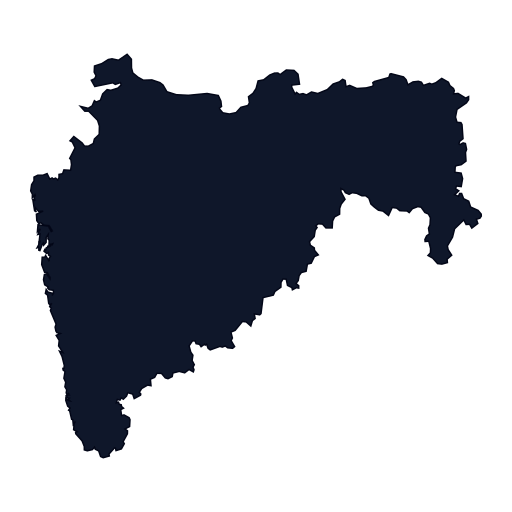 the State of Maharashtra
{"feature_id": "IND-2447", "entity_name": "Maharashtra", "entity_type": "State", "adm_level": 1, "iso_a3": "IND", "parent_name": "India", "parent_adm1": "", "projection": "robinson", "projection_center": [76.089, 18.818], "detail": "fine", "context": "isolated", "style": "filled", "palette": "ink", "viewbox_px": 512, "rotation_deg": 0, "n_neighbors": 0, "source": "natural_earth", "source_scale": "10m", "svg_char_len": 5840}
<svg xmlns="http://www.w3.org/2000/svg" viewBox="0 0 512 512"><path d="M87.3,450.8L84.3,449.9L84.3,446.5L82.1,440.9L75.8,433.8L75.6,432.5L77.2,431.8L73.6,429.7L74.3,423.3L75.7,421.5L73.8,422.9L73.4,426.2L72.8,419.7L71.6,419.3L69.7,410.9L68.6,410.2L70.1,408.1L67.7,406.2L65.8,400.5L65.9,397.9L67.9,400.4L69.8,400.8L68.3,399.5L69.4,398.2L67.5,397.8L66.3,395.6L69.4,395.0L68.5,393.4L66.8,394.3L66.2,392.8L66.7,389.8L64.9,386.8L65.7,382.2L63.9,378.3L65.0,371.5L63.1,370.0L62.9,368.4L63.9,368.4L64.3,365.5L62.1,356.6L59.5,351.2L62.9,352.5L58.6,345.9L59.2,340.4L56.2,335.4L60.3,333.5L56.9,332.6L55.9,331.0L55.1,327.1L56.1,324.1L50.4,310.5L51.3,308.0L49.7,306.7L51.8,303.3L49.9,305.0L48.7,303.3L47.6,295.2L45.4,293.4L46.2,289.5L48.0,292.1L52.2,293.2L52.9,294.3L52.0,295.6L53.5,293.4L53.4,290.3L49.2,289.7L47.7,288.0L48.1,286.9L44.7,284.8L43.5,279.7L44.4,274.5L46.6,274.0L50.0,279.1L50.3,277.9L47.4,272.6L44.6,272.3L41.7,264.6L42.2,257.2L44.8,257.2L45.6,255.5L49.3,261.5L49.1,258.5L50.5,256.3L48.6,255.1L48.4,252.4L46.7,253.5L44.0,251.2L44.9,249.4L45.7,250.1L46.2,247.9L49.0,246.8L47.1,246.4L52.2,244.9L52.8,243.6L49.0,244.7L49.2,240.3L47.9,238.8L48.3,234.3L46.2,237.3L46.1,242.4L43.7,245.1L43.4,242.9L42.5,243.8L39.9,250.6L38.8,250.2L38.9,247.2L37.1,247.8L38.8,244.6L38.9,242.0L39.7,242.5L40.1,241.2L39.3,240.4L40.0,233.9L37.8,234.5L40.4,228.7L37.4,231.7L38.0,224.8L48.2,226.1L51.2,231.6L52.4,230.9L49.1,225.6L44.2,225.2L40.8,222.7L38.9,223.7L36.8,220.6L36.4,214.2L43.2,211.1L38.6,211.4L35.7,208.0L35.3,210.2L36.4,211.9L34.6,210.8L32.7,198.9L33.9,200.7L34.9,200.1L34.2,197.6L35.3,195.5L35.0,194.6L32.3,197.6L32.4,194.2L30.7,190.9L31.6,184.6L34.0,180.8L34.0,177.1L37.8,175.2L43.0,175.2L47.1,173.6L49.8,179.1L52.1,177.9L53.4,179.0L55.6,178.1L57.7,180.0L59.0,177.7L59.0,174.4L62.6,173.7L63.9,169.9L70.6,170.3L71.5,164.6L70.9,159.7L69.7,158.4L75.1,147.8L72.3,142.0L70.0,140.8L73.8,136.5L82.1,142.9L84.5,146.1L88.3,146.2L93.3,143.5L94.4,139.0L99.2,134.4L99.4,126.0L97.6,120.3L88.7,111.2L84.8,111.2L80.5,106.4L88.2,108.3L92.1,105.9L94.4,100.7L96.2,102.0L100.4,100.3L102.7,93.9L107.1,89.6L110.8,90.3L117.9,88.1L121.2,84.9L120.4,82.6L115.3,84.4L112.8,82.8L94.8,86.5L91.3,80.2L94.6,78.7L96.1,75.8L94.2,72.1L94.5,66.0L101.8,63.6L108.3,59.5L112.0,58.8L118.5,60.2L127.1,54.3L131.4,59.2L131.5,68.0L132.8,72.9L138.0,77.2L143.4,80.2L151.9,79.9L159.9,82.6L163.0,85.0L166.9,91.7L176.3,94.7L188.4,95.3L207.1,93.5L218.3,95.5L220.9,101.1L221.5,106.5L219.5,107.9L219.7,109.1L222.8,112.8L229.4,114.0L236.1,112.6L240.9,107.3L247.9,105.5L249.4,102.9L248.5,96.7L253.0,93.3L256.1,88.5L258.1,80.9L263.7,79.8L269.8,75.0L274.5,73.1L277.9,73.0L280.1,74.6L286.3,70.0L294.0,70.4L298.0,74.2L299.5,84.2L291.7,85.1L291.7,87.2L295.1,94.1L296.5,92.4L299.2,94.4L303.0,93.6L306.5,94.9L311.5,92.0L317.8,93.5L327.3,89.6L333.1,84.0L339.5,81.8L342.6,79.3L345.1,80.5L346.0,86.7L349.7,85.4L356.8,88.5L366.2,87.9L372.6,86.3L373.4,85.0L372.8,82.7L374.4,81.5L388.8,77.5L390.0,74.0L391.1,73.7L403.5,76.9L406.1,79.7L407.9,84.8L413.0,81.9L418.4,81.3L421.4,82.2L423.4,85.4L429.6,83.3L431.8,84.2L435.9,82.7L441.7,78.4L448.4,82.2L449.9,85.6L453.5,88.5L454.3,90.6L453.5,93.9L458.0,93.4L465.7,98.1L468.6,96.6L468.6,99.7L466.4,102.9L457.0,109.4L455.5,117.1L457.0,122.3L460.9,122.6L462.0,124.5L463.0,138.7L459.7,141.3L458.9,143.8L460.0,144.6L463.1,142.9L465.4,143.5L466.6,149.4L465.5,152.4L466.0,161.1L461.2,164.7L456.1,165.7L455.2,166.9L454.9,172.3L461.1,173.1L462.6,178.6L461.2,186.6L456.5,186.0L455.5,188.7L458.8,190.8L454.6,194.7L458.4,196.3L459.6,193.5L461.6,193.5L463.6,198.7L468.7,201.2L470.6,207.0L478.1,210.4L481.2,214.1L481.3,216.1L479.9,218.2L476.4,219.2L477.8,223.5L471.8,228.1L469.6,224.3L466.1,224.5L463.8,219.9L454.6,228.8L452.5,237.2L447.4,245.9L448.1,249.6L451.7,255.2L447.1,259.2L447.4,262.6L441.9,264.1L437.6,263.6L432.7,258.1L428.0,255.5L430.4,252.9L430.6,248.6L428.8,241.2L425.1,241.5L424.9,239.5L426.6,235.9L429.4,233.9L428.5,228.2L430.0,224.8L430.4,217.8L428.4,214.0L424.9,212.5L421.1,207.2L417.8,206.6L412.4,208.7L409.2,212.6L407.1,211.0L399.8,210.7L396.7,208.1L392.2,207.5L388.5,215.5L383.0,211.1L378.4,210.2L374.1,206.9L370.9,204.0L368.9,198.2L365.6,195.7L361.9,195.8L356.7,193.3L352.1,192.7L349.1,194.3L345.4,192.7L343.9,190.1L340.9,188.5L341.0,191.8L345.0,199.3L341.2,204.1L339.7,208.4L339.6,214.2L334.6,216.9L332.6,221.0L332.2,227.9L325.9,227.9L322.5,224.1L318.2,223.8L315.7,225.9L317.1,227.5L315.2,230.2L314.2,236.6L309.5,241.7L310.3,245.2L314.3,247.9L314.5,250.3L318.3,254.9L314.4,256.6L311.2,263.2L307.4,264.1L306.1,271.3L301.4,272.5L299.1,275.6L298.2,280.6L296.0,283.5L298.7,285.7L298.7,288.1L296.4,287.7L292.4,289.8L291.9,287.6L287.5,285.4L286.2,279.2L283.0,279.0L281.0,282.4L280.9,287.2L274.9,291.5L273.3,295.1L263.0,297.6L261.0,313.6L259.7,314.8L254.3,313.9L255.1,318.5L252.4,320.6L250.8,326.0L246.2,321.9L242.4,321.5L235.1,330.4L230.9,332.1L232.4,338.0L231.1,340.6L234.6,346.6L232.6,348.3L227.7,347.8L225.3,346.0L222.3,347.1L219.9,346.4L210.2,349.9L208.1,348.3L206.6,344.2L205.2,345.1L204.5,344.2L201.1,346.7L199.5,344.3L196.1,343.7L195.1,341.0L192.5,340.8L189.1,345.9L190.8,352.2L192.9,355.2L192.1,360.5L194.3,364.7L193.0,367.1L194.0,369.8L193.3,371.9L189.0,369.5L184.7,372.8L179.2,371.4L172.9,373.0L172.2,376.6L168.0,378.7L165.3,377.9L161.5,373.4L156.9,373.3L154.6,377.4L150.4,379.2L151.0,385.7L147.6,385.1L141.7,388.5L139.3,392.3L140.8,394.0L140.5,395.2L134.2,398.6L132.7,394.1L127.8,392.7L126.5,396.1L123.3,399.2L121.2,397.8L120.0,400.1L117.3,399.4L116.3,402.8L118.5,402.2L119.2,404.3L121.2,404.7L121.6,406.6L123.5,408.2L120.7,409.6L121.6,415.6L124.0,414.9L129.1,417.7L130.0,419.7L129.6,426.5L124.9,429.0L127.5,430.8L127.4,433.8L123.1,441.7L124.3,443.7L121.4,448.9L116.0,450.6L115.5,448.2L114.5,447.9L109.0,454.0L109.3,456.0L103.2,457.7L100.6,456.5L98.7,450.9L95.2,449.2L94.5,447.1L92.4,449.6L87.3,450.8Z" fill="#0f172a" stroke="#020617" stroke-width="1.5"/></svg>